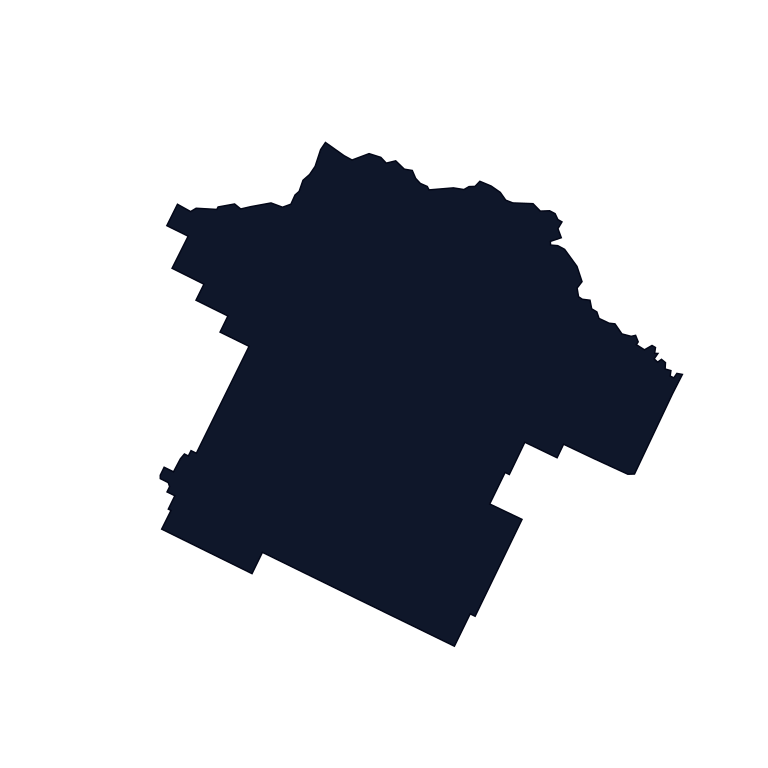 the district of Fergus, Montana, United States of America, rotated 26°
{"feature_id": "52423323B78350254169846", "entity_name": "Fergus", "entity_type": "district", "adm_level": 2, "iso_a3": "USA", "parent_name": "United States of America", "parent_adm1": "Montana", "projection": "albers", "projection_center": [-109.214, 47.248], "detail": "fine", "context": "isolated", "style": "filled", "palette": "ink", "viewbox_px": 768, "rotation_deg": 26, "n_neighbors": 0, "source": "geoboundaries", "source_scale": "gbopen_adm2", "svg_char_len": 1670}
<svg xmlns="http://www.w3.org/2000/svg" viewBox="0 0 768 768"><g transform="rotate(26 384 384)"><path d="M648.0,244.6L642.6,246.1L641.8,251.4L637.7,251.4L636.0,246.2L630.1,247.3L627.6,241.4L622.6,240.2L620.4,244.4L615.8,243.0L616.8,236.5L613.8,237.8L612.0,232.2L608.0,231.9L603.1,239.1L593.5,238.0L594.0,234.7L588.8,230.0L585.3,232.8L575.9,234.7L565.2,228.7L559.6,230.7L548.5,230.8L543.7,225.9L537.7,225.4L532.4,218.4L525.1,220.9L520.6,220.3L515.5,213.1L517.1,205.2L505.9,193.7L487.3,183.8L479.5,183.5L472.8,186.1L471.0,182.9L479.2,174.8L472.2,168.1L472.9,160.3L468.2,160.0L463.1,155.9L456.9,155.7L448.7,160.1L438.9,156.6L420.4,164.8L412.8,165.4L404.5,160.8L393.5,159.1L381.3,159.8L379.2,166.5L373.9,169.3L370.6,174.2L360.4,177.3L339.4,189.8L336.3,187.5L328.7,187.8L322.3,185.3L315.8,179.7L308.1,182.0L296.7,178.3L289.2,184.5L281.8,181.7L269.6,183.5L257.1,196.7L248.1,196.3L225.5,192.6L224.3,201.1L226.7,218.6L225.3,228.3L221.9,236.4L223.3,248.1L221.2,253.1L221.5,263.2L215.3,269.6L203.1,270.8L186.4,283.1L178.5,289.5L170.8,287.7L157.3,297.6L157.2,300.4L138.1,308.4L134.6,313.8L119.6,313.0L119.4,336.9L143.2,337.0L142.8,372.9L178.4,373.2L178.3,391.1L213.9,391.3L213.9,409.2L246.2,409.3L245.7,528.5L239.8,528.5L239.7,534.5L235.3,534.4L233.8,540.4L233.3,555.2L222.9,555.2L222.9,564.1L224.4,567.1L233.3,567.2L236.3,570.2L236.3,576.1L245.0,576.1L245.0,591.0L248.0,591.0L247.8,611.7L247.8,611.9L348.5,612.3L348.5,588.6L455.6,588.8L562.2,588.8L562.2,552.8L567.7,552.8L567.4,445.2L531.6,445.5L531.6,410.4L536.3,410.4L536.1,374.6L571.9,374.4L571.8,359.4L607.1,359.0L642.7,358.2L648.6,355.1L647.6,266.3L648.0,244.6Z" fill="#0f172a" stroke="#020617" stroke-width="1.5"/></g></svg>